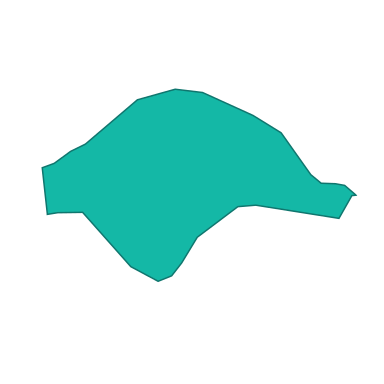 map outline of Kep (orthographic projection), rotated 323°
{"feature_id": "KHM-1798", "entity_name": "Kep", "entity_type": "Province", "adm_level": 1, "iso_a3": "KHM", "parent_name": "Cambodia", "parent_adm1": "", "projection": "orthographic", "projection_center": [104.354, 10.511], "detail": "fine", "context": "isolated", "style": "filled", "palette": "teal", "viewbox_px": 384, "rotation_deg": 323, "n_neighbors": 0, "source": "natural_earth", "source_scale": "10m", "svg_char_len": 506}
<svg xmlns="http://www.w3.org/2000/svg" viewBox="0 0 384 384"><g transform="rotate(323 192 192)"><path d="M321.0,293.2L317.5,291.1L293.5,301.5L235.0,240.9L219.8,231.3L169.0,231.3L140.9,242.5L125.3,246.7L111.2,242.9L98.2,214.8L92.4,142.4L72.3,127.7L63.0,122.8L63.3,122.4L87.0,82.5L99.2,86.2L119.5,86.5L135.7,89.6L203.9,85.5L240.4,99.8L260.3,118.9L286.8,167.6L298.8,198.4L297.3,249.6L300.4,262.7L311.5,271.7L317.9,278.6L321.0,292.9L321.0,293.2Z" fill="#14b8a6" stroke="#0f766e" stroke-width="1.5"/></g></svg>